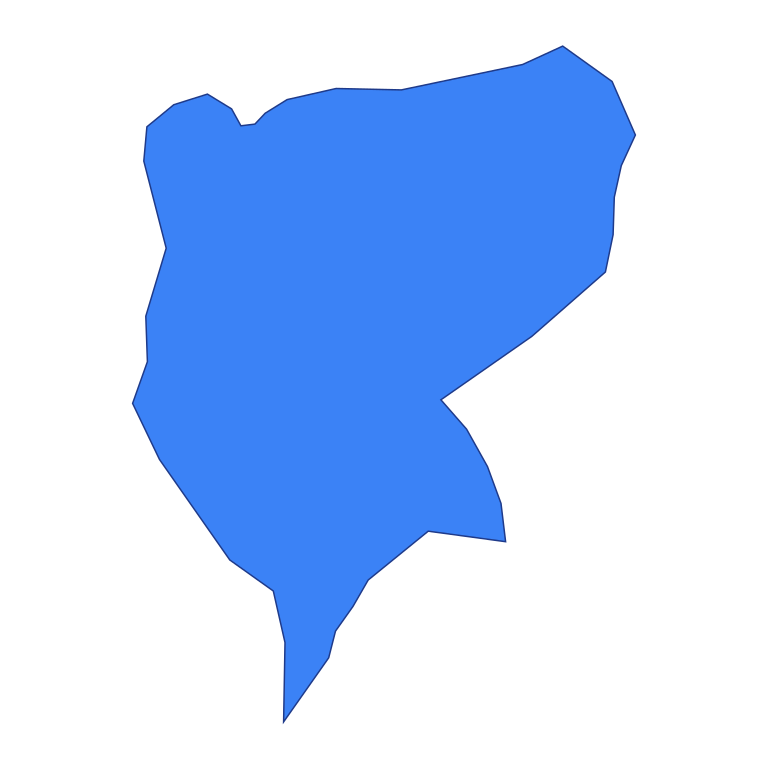 SVG path tracing the border of Mwaro
{"feature_id": "BDI-5588", "entity_name": "Mwaro", "entity_type": "Province", "adm_level": 1, "iso_a3": "BDI", "parent_name": "Burundi", "parent_adm1": "", "projection": "robinson", "projection_center": [29.724, -3.536], "detail": "fine", "context": "isolated", "style": "filled", "palette": "blue", "viewbox_px": 768, "rotation_deg": 0, "n_neighbors": 0, "source": "natural_earth", "source_scale": "10m", "svg_char_len": 604}
<svg xmlns="http://www.w3.org/2000/svg" viewBox="0 0 768 768"><path d="M562.7,46.1L612.1,81.5L635.4,135.0L621.3,165.6L614.3,197.2L613.1,234.7L605.4,272.0L531.9,336.3L440.9,399.8L466.6,429.2L487.5,466.6L501.0,503.4L505.6,541.7L428.2,531.2L368.2,580.0L353.0,606.4L335.5,631.1L328.7,657.8L283.6,721.9L285.0,642.6L273.3,591.0L229.8,560.0L159.5,459.5L132.6,403.4L147.4,361.7L145.8,316.2L166.2,248.2L143.8,161.1L146.9,126.8L173.8,104.7L207.4,94.1L231.6,108.9L240.9,125.8L254.9,124.1L265.2,113.2L287.1,99.6L336.1,88.5L401.4,89.9L522.6,64.5L562.7,46.1Z" fill="#3b82f6" stroke="#1e3a8a" stroke-width="1.5"/></svg>